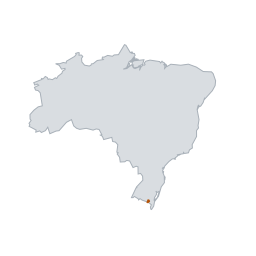 Pedras Altas, Rio Grande do Sul, Brazil (highlighted), rotated 347°
{"feature_id": "56859067B17003984772313", "entity_name": "Pedras Altas", "entity_type": "district", "adm_level": 2, "iso_a3": "BRA", "parent_name": "Brazil", "parent_adm1": "Rio Grande do Sul", "projection": "albers", "projection_center": [-53.699, -31.846], "detail": "fine", "context": "in_parent", "style": "filled", "palette": "amber", "viewbox_px": 256, "rotation_deg": 347, "n_neighbors": 0, "source": "geoboundaries", "source_scale": "gbopen_adm2", "svg_char_len": 4076}
<svg xmlns="http://www.w3.org/2000/svg" viewBox="0 0 256 256"><g transform="rotate(347 128 128)"><path d="M62.2,62.4L65.2,63.9L68.5,62.7L69.7,63.7L71.5,61.8L76.0,59.7L76.9,58.0L79.9,56.8L80.0,55.7L76.5,55.7L75.1,51.5L71.9,49.1L76.1,50.0L79.7,49.6L82.4,50.8L83.0,49.1L92.0,46.3L94.0,44.8L93.8,43.5L96.5,43.3L97.4,43.8L96.6,46.0L99.1,46.5L100.0,48.2L98.4,49.7L97.9,53.3L99.8,57.0L104.2,58.9L106.0,58.5L106.8,57.3L108.5,57.5L113.2,55.3L119.4,55.8L118.4,54.2L119.3,53.1L120.5,53.6L124.5,52.7L129.0,54.6L130.9,53.7L135.2,54.4L143.3,46.0L144.6,46.9L147.1,54.8L148.4,56.0L151.0,56.8L151.3,58.8L146.7,62.5L143.9,63.7L140.2,68.9L136.6,69.6L140.3,69.8L145.8,67.2L146.8,70.6L148.2,71.7L153.9,70.8L152.1,74.5L154.4,71.5L157.0,69.9L158.3,70.5L158.9,69.9L158.4,68.5L160.3,66.9L164.7,66.8L173.8,70.4L174.4,71.9L175.7,71.0L177.8,72.3L178.3,73.6L177.1,74.4L177.6,74.9L178.8,74.1L179.0,75.0L177.9,75.7L177.0,78.3L178.5,77.3L179.7,75.5L179.8,76.9L184.1,75.5L193.5,78.7L201.2,79.4L208.3,84.0L214.0,89.9L222.0,92.1L223.2,94.2L224.0,101.7L222.4,106.3L218.6,110.6L209.0,117.3L209.0,116.6L206.9,120.1L203.9,122.9L202.6,123.3L201.9,121.7L201.1,122.3L199.5,125.6L199.1,135.8L196.8,141.4L196.7,143.8L194.2,145.9L192.9,151.7L186.8,158.6L186.2,162.0L183.0,163.1L181.3,165.8L177.3,165.5L176.6,164.3L176.2,165.5L170.1,165.2L170.3,166.2L166.3,168.3L164.2,168.1L160.3,169.9L155.3,173.3L154.3,175.0L153.5,174.3L153.2,175.0L152.1,174.7L153.5,175.8L152.3,176.8L151.9,178.8L152.5,183.1L151.2,189.4L147.2,192.8L142.3,201.4L137.8,205.3L137.7,204.0L140.9,202.4L143.7,197.7L143.8,196.8L142.0,197.3L140.9,195.7L141.4,197.3L140.9,199.0L138.1,201.9L137.2,204.2L137.4,205.5L135.4,210.0L132.6,212.7L132.0,212.3L132.0,210.1L133.5,208.1L131.1,205.0L125.5,201.4L123.8,199.5L122.2,200.5L122.0,199.2L118.8,196.1L117.3,197.0L115.7,196.6L122.4,188.1L123.2,188.1L123.1,187.3L130.7,182.2L131.4,178.1L130.0,175.1L127.5,175.1L129.0,168.1L127.4,167.1L124.0,167.7L122.2,160.5L119.4,159.3L117.3,160.2L112.8,159.4L113.2,154.6L111.6,150.9L112.9,150.0L111.7,149.0L114.3,142.0L112.6,138.9L110.0,137.7L110.1,133.5L101.7,133.8L101.2,130.3L99.5,128.7L101.0,128.6L99.5,122.9L96.8,121.8L93.5,122.2L87.2,118.9L80.7,118.5L77.8,116.7L75.6,113.8L74.8,107.1L69.3,108.6L60.2,115.1L57.2,114.8L50.6,116.0L50.0,109.2L47.0,112.0L42.6,112.9L41.3,111.0L37.2,111.3L38.0,109.3L32.0,104.1L33.1,102.8L32.6,101.2L35.3,98.8L34.6,97.3L35.5,92.9L40.3,89.5L45.2,87.2L49.5,87.1L50.4,73.9L48.8,71.3L46.4,70.2L46.0,67.3L50.6,66.3L49.6,64.8L46.8,65.2L46.4,62.6L55.1,61.3L54.9,60.3L56.4,61.0L59.0,59.2L60.7,60.7L61.1,62.7L62.2,62.4ZM149.3,63.9L158.9,65.1L156.4,69.4L154.7,69.5L154.3,70.2L152.9,69.8L151.3,70.9L147.7,70.8L146.5,68.5L147.5,67.9L146.3,67.1L147.2,64.5L149.3,63.9ZM140.9,69.1L142.5,66.0L144.0,65.5L143.8,67.5L140.9,69.1ZM152.0,62.5L151.0,63.6L148.8,63.3L149.2,62.5L152.0,62.5ZM148.7,61.1L148.3,63.5L147.3,63.2L148.7,61.1ZM153.5,64.1L152.1,64.2L151.5,63.9L153.2,63.3L153.5,64.1ZM147.2,63.9L145.7,64.7L145.2,64.3L146.2,63.6L147.2,63.9ZM149.8,61.9L149.2,61.4L150.4,60.9L150.5,61.4L149.8,61.9ZM149.3,55.6L148.4,55.7L148.3,54.8L149.1,54.8L149.3,55.6ZM152.6,185.7L152.4,184.8L153.0,184.0L153.1,184.3L152.6,185.7ZM167.1,168.0L167.2,169.0L166.4,168.8L167.1,168.0ZM152.5,179.4L152.2,178.9L152.8,178.4L152.9,178.6L152.5,179.4ZM178.3,76.8L177.7,77.7L178.4,76.4L178.3,76.8ZM202.1,123.3L201.2,123.5L201.9,122.8L202.1,123.3ZM172.3,165.8L171.4,166.0L171.3,165.8L171.8,165.4L172.3,165.8ZM200.4,124.9L200.0,125.4L199.9,125.1L200.4,124.9ZM176.3,70.2L176.3,70.7L176.1,70.6L176.3,70.2Z" fill="#d9dde1" stroke="#a8b0b8" stroke-width="1"/><path d="M130.3,204.5L130.5,204.5L130.7,204.8L130.8,204.8L130.8,205.0L131.0,205.0L131.3,205.2L131.2,205.0L131.2,204.9L131.3,204.8L131.3,204.7L131.5,204.6L131.7,204.4L131.8,204.3L132.0,204.3L132.0,204.2L132.3,204.0L132.3,203.9L132.3,204.0L132.3,203.9L132.2,203.7L132.1,203.4L132.1,203.2L131.9,203.1L131.7,203.0L131.7,202.9L131.4,202.8L131.3,203.0L131.2,203.1L131.0,203.3L131.1,203.5L130.9,203.6L130.9,203.8L130.7,203.9L130.6,204.0L130.4,204.1L130.4,204.3L130.3,204.5L130.3,204.5Z" fill="#f59e0b" stroke="#b45309" stroke-width="1.5"/></g></svg>